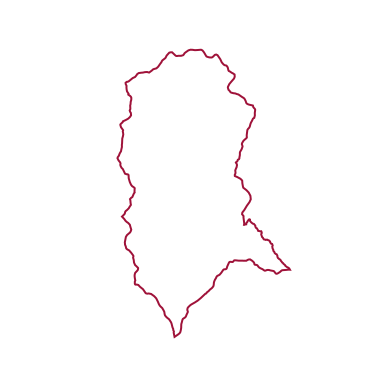 outline of Sama, Ha, Bhutan, rotated 45°
{"feature_id": "84629894B76419626659945", "entity_name": "Sama", "entity_type": "district", "adm_level": 2, "iso_a3": "BTN", "parent_name": "Bhutan", "parent_adm1": "Ha", "projection": "natural_earth1", "projection_center": [89.274, 27.297], "detail": "fine", "context": "isolated", "style": "outline", "palette": "rose", "viewbox_px": 384, "rotation_deg": 45, "n_neighbors": 0, "source": "geoboundaries", "source_scale": "gbopen_adm2", "svg_char_len": 6017}
<svg xmlns="http://www.w3.org/2000/svg" viewBox="0 0 384 384"><g transform="rotate(45 192 192)"><path d="M67.8,161.7L68.7,162.5L70.6,163.2L71.6,164.3L73.1,165.6L74.9,166.8L77.7,167.4L78.1,168.2L80.5,167.8L81.6,167.9L82.5,168.3L83.9,169.8L84.9,171.6L86.4,173.3L87.1,174.5L89.7,176.9L90.3,178.4L91.7,179.1L92.8,179.3L94.4,180.6L94.7,180.9L95.1,183.0L95.0,185.4L94.2,188.1L93.2,190.9L93.6,191.6L93.5,194.5L93.8,195.2L96.0,196.4L99.6,197.0L100.3,198.2L101.3,198.8L102.7,199.9L103.8,201.5L104.9,203.5L108.2,207.1L109.1,208.3L110.6,209.7L112.1,212.1L113.0,213.4L113.5,215.5L114.1,217.0L114.6,217.9L114.9,219.9L115.4,220.8L117.7,221.6L120.3,221.9L121.3,222.4L122.1,223.5L122.9,224.0L125.0,224.7L126.9,224.7L131.7,226.4L133.2,225.7L134.1,224.9L135.2,224.9L137.5,227.0L140.9,228.9L143.8,230.0L145.6,230.2L147.5,229.8L148.8,229.8L149.8,231.0L151.0,232.3L151.8,232.9L151.9,234.0L153.4,237.8L153.1,239.1L153.2,240.9L154.2,241.4L156.6,243.4L157.9,244.3L158.3,246.4L158.8,248.3L158.8,250.7L158.6,252.3L158.8,253.3L159.8,254.9L159.9,256.3L159.9,258.9L163.2,259.0L165.4,259.4L167.3,259.3L168.7,259.0L171.2,259.1L172.9,260.1L175.7,261.6L176.4,263.0L176.8,264.4L176.5,268.4L177.0,270.5L180.1,275.1L181.0,275.8L181.9,276.6L183.6,277.3L185.4,278.4L186.6,278.4L189.1,277.7L190.3,277.9L191.5,277.9L194.9,278.4L195.9,278.7L196.8,280.1L198.9,281.3L200.9,282.9L203.5,283.9L204.4,283.8L207.5,283.8L208.2,284.4L208.9,285.8L209.0,289.3L209.8,290.8L210.7,291.9L212.3,293.2L214.5,294.7L214.8,295.6L216.1,297.0L216.9,297.5L217.5,297.5L218.6,296.4L219.8,295.7L222.3,295.8L226.1,295.4L228.8,295.9L230.8,296.3L232.2,295.6L233.1,294.4L235.2,293.0L239.0,292.4L241.9,292.5L245.5,293.7L247.6,294.6L249.4,295.1L250.6,295.2L253.0,295.1L255.6,295.8L257.1,296.3L259.0,297.7L260.1,298.3L261.6,298.5L263.3,298.5L265.8,298.2L269.1,298.9L270.4,299.4L274.1,301.6L275.5,302.1L276.4,302.9L277.8,303.4L278.5,304.4L282.1,306.8L282.9,302.6L283.1,300.7L282.8,299.3L281.7,297.5L280.4,295.7L278.3,293.5L277.8,292.9L277.1,291.6L275.6,289.1L275.3,288.2L275.4,287.6L275.8,285.7L275.8,284.9L275.6,284.1L274.9,282.6L274.0,280.0L273.6,279.5L272.2,278.8L271.7,278.3L271.0,277.2L270.8,276.3L270.8,274.9L270.8,273.7L271.0,272.2L272.2,267.8L272.5,266.2L272.8,265.1L273.2,260.8L273.4,254.5L273.8,253.6L273.5,252.5L273.8,250.4L273.7,248.4L274.0,245.8L273.8,243.7L273.1,242.4L271.5,240.5L270.9,239.4L270.2,237.6L270.1,237.0L269.8,235.8L269.4,235.0L269.3,234.3L269.2,233.4L269.7,232.1L270.0,231.0L269.9,229.4L269.8,228.3L269.2,225.2L269.2,224.5L269.4,224.0L270.4,222.8L270.6,222.1L270.6,221.6L269.6,219.8L268.2,216.1L268.0,215.2L268.1,214.8L268.4,214.3L270.0,213.0L270.3,212.6L270.2,210.5L270.4,210.2L271.1,209.5L273.5,207.6L279.0,202.2L279.4,200.6L279.6,200.2L279.8,199.7L280.7,198.6L283.0,198.1L285.2,198.0L286.1,198.2L287.4,199.0L288.0,198.9L289.1,198.0L290.0,197.6L292.0,197.9L292.9,197.9L294.4,197.5L296.5,196.7L298.1,196.5L299.2,196.1L299.6,195.5L300.1,194.3L300.6,193.6L301.6,192.7L302.9,192.0L305.4,190.3L305.9,190.1L306.4,190.1L308.7,190.4L309.4,190.2L309.9,189.6L310.3,188.5L310.8,186.1L310.8,184.8L311.0,183.8L311.2,183.4L311.8,182.7L313.6,180.6L315.3,178.5L316.2,177.7L314.8,177.3L313.7,177.4L312.4,177.9L310.7,178.1L310.2,178.2L309.5,177.9L307.4,178.1L306.8,177.9L305.7,178.1L304.9,177.9L303.4,177.8L302.4,177.4L301.0,177.8L300.5,177.7L299.5,177.9L298.2,177.4L297.3,176.6L295.8,176.2L295.1,176.6L293.7,176.7L292.4,176.1L291.7,176.2L291.0,176.0L290.2,175.3L289.0,175.0L287.3,173.8L286.9,172.8L286.1,172.4L285.4,172.1L284.5,172.6L282.8,172.3L282.2,171.8L280.3,171.9L279.6,172.4L278.7,172.6L278.3,173.3L278.1,173.7L277.2,174.0L276.6,174.6L275.6,174.6L274.4,174.2L273.5,174.3L271.0,173.1L270.7,172.8L270.3,171.6L269.1,170.9L268.7,170.8L268.2,171.5L267.4,171.9L266.3,172.7L265.4,172.3L263.5,171.8L262.6,172.1L261.3,171.7L260.5,171.0L258.4,170.8L257.3,171.4L255.3,171.6L254.1,171.5L253.4,171.4L252.5,170.5L251.8,170.8L251.7,171.2L251.7,171.7L251.9,172.5L252.0,173.5L252.3,174.1L252.4,175.5L253.2,176.5L252.4,177.4L252.4,178.0L252.0,178.4L251.3,177.4L246.4,173.6L245.5,172.6L243.1,172.3L242.1,170.9L241.7,167.7L240.5,162.9L239.8,158.5L238.7,155.6L236.0,153.4L232.5,152.3L229.2,152.2L225.2,152.7L224.0,152.0L221.4,150.2L219.5,148.5L219.1,148.4L216.9,148.4L213.5,149.4L211.0,150.4L210.5,150.0L210.1,149.6L209.9,149.1L209.8,148.7L209.5,148.1L209.1,147.6L207.3,146.1L206.8,145.0L205.9,142.7L205.3,142.0L205.0,141.4L204.6,141.0L203.9,140.6L202.2,140.2L202.1,139.6L202.3,138.7L202.3,138.2L201.6,136.8L201.8,136.2L202.0,135.6L201.7,134.7L201.2,134.2L199.7,132.0L198.1,130.4L197.7,129.8L197.4,128.8L196.9,126.8L195.8,124.5L195.4,123.9L193.4,122.9L193.0,122.3L192.7,121.5L192.2,119.5L192.2,118.1L192.4,115.4L192.2,114.7L192.0,114.4L191.3,113.9L190.4,113.0L187.3,109.0L187.0,107.7L187.0,106.5L186.9,105.8L186.6,104.9L185.3,102.7L184.7,101.4L184.0,99.0L183.3,97.2L183.3,96.8L183.4,96.0L183.6,95.6L182.3,93.4L180.5,91.7L178.8,89.5L178.3,89.0L177.6,88.8L175.5,88.7L173.9,87.8L170.7,89.8L169.7,90.3L168.4,90.7L167.6,90.7L165.3,89.6L163.7,89.1L162.8,88.9L161.5,89.1L160.3,89.4L155.9,90.2L154.5,91.0L152.9,91.7L151.5,92.8L149.6,93.9L148.8,94.2L147.0,93.9L145.5,93.9L143.5,92.8L143.0,92.1L142.5,90.5L142.1,89.5L141.8,86.6L141.5,82.2L141.1,81.1L140.6,80.2L139.0,78.8L136.9,79.2L135.8,79.6L133.6,80.0L132.4,80.4L131.7,80.2L129.1,78.6L127.4,78.3L126.9,78.3L125.5,79.2L124.3,79.5L121.4,79.3L118.1,78.1L113.3,77.2L111.9,77.7L111.2,78.9L111.2,81.0L111.1,82.3L110.7,83.1L109.4,84.3L108.2,85.1L106.5,85.9L105.7,85.8L101.9,84.8L100.5,84.6L99.2,84.5L97.8,85.0L95.0,88.3L93.7,89.7L91.8,91.1L90.3,92.5L89.3,94.4L88.7,97.9L88.6,99.1L89.0,100.8L89.0,101.5L88.0,103.4L86.0,105.4L85.3,106.4L84.6,107.0L83.6,107.2L79.1,107.3L78.0,108.5L77.4,109.6L77.6,113.5L78.0,114.6L78.4,115.8L78.4,116.7L78.0,119.8L78.2,121.0L78.7,122.1L78.7,122.8L79.0,124.6L79.5,127.3L79.4,129.7L77.8,132.6L77.7,134.7L77.2,137.9L75.4,138.9L73.9,140.6L72.9,142.2L71.8,143.5L70.2,145.6L69.9,147.5L70.1,148.2L70.3,149.7L70.4,150.9L69.5,153.4L69.0,158.4L68.6,159.5L68.0,160.2L67.8,161.7Z" fill="none" stroke="#9f1239" stroke-width="2"/></g></svg>